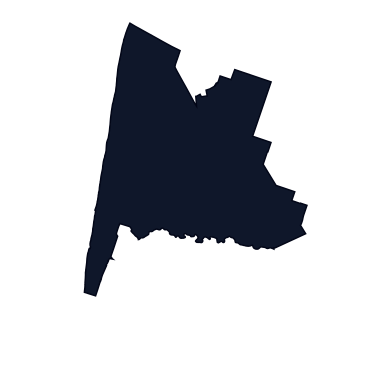 outline of Charles Sturt, South Australia, Australia, rotated 22°
{"feature_id": "25037944B64238988080325", "entity_name": "Charles Sturt", "entity_type": "district", "adm_level": 2, "iso_a3": "AUS", "parent_name": "Australia", "parent_adm1": "South Australia", "projection": "mercator", "projection_center": [138.527, -34.901], "detail": "fine", "context": "isolated", "style": "filled", "palette": "ink", "viewbox_px": 384, "rotation_deg": 22, "n_neighbors": 0, "source": "geoboundaries", "source_scale": "gbopen_adm2", "svg_char_len": 5934}
<svg xmlns="http://www.w3.org/2000/svg" viewBox="0 0 384 384"><g transform="rotate(22 192 192)"><path d="M313.0,188.1L305.0,182.2L305.2,180.8L305.2,179.7L305.0,176.8L304.8,175.7L304.5,174.1L304.2,172.0L303.6,161.3L296.9,161.7L296.9,162.1L287.7,162.6L287.2,153.3L268.0,154.4L267.7,154.6L247.6,139.7L246.8,126.5L247.3,126.4L246.7,116.5L227.3,117.6L224.1,60.3L205.1,61.4L185.8,62.5L186.1,73.2L174.6,73.9L174.7,75.4L174.8,77.1L174.9,77.8L175.0,81.0L174.7,80.8L173.6,82.3L174.2,82.7L173.6,83.5L173.9,83.8L173.2,84.6L173.7,85.0L169.9,89.8L166.9,92.3L170.1,97.2L165.0,100.2L162.9,98.4L160.3,101.6L159.7,101.9L164.1,110.8L162.2,109.5L150.0,99.5L147.8,97.7L139.1,90.7L135.8,88.0L132.7,85.5L129.7,82.9L129.4,82.5L129.1,81.7L128.8,79.7L128.4,71.4L128.0,65.4L118.8,64.7L108.4,63.5L99.9,62.4L77.0,59.6L71.2,58.7L71.1,59.6L71.0,65.6L71.1,66.4L71.1,67.3L71.2,68.1L71.1,68.7L71.2,69.3L71.4,72.0L71.6,73.9L71.7,76.5L72.1,78.0L72.4,80.2L72.5,81.5L72.9,84.0L73.4,86.6L73.8,88.2L74.3,90.6L74.6,91.9L75.1,95.0L75.9,99.0L76.6,103.1L77.3,106.1L79.0,111.8L79.8,114.9L80.7,117.5L81.5,120.2L82.0,121.6L82.5,123.7L83.6,127.7L83.9,130.5L84.1,131.8L84.4,132.9L84.5,134.3L85.2,137.8L85.5,140.6L87.2,147.8L87.7,149.5L88.0,150.8L89.1,154.8L90.8,160.1L91.6,163.1L92.3,165.4L92.8,167.1L93.1,168.6L94.2,173.5L94.2,175.5L94.4,178.0L95.1,180.5L96.9,185.9L97.4,188.7L97.6,191.2L98.0,192.5L98.1,194.6L98.5,197.1L99.4,200.7L99.6,201.6L99.8,202.1L100.4,204.1L101.3,209.0L101.8,211.6L102.9,215.6L103.1,216.8L103.5,218.0L103.6,218.9L103.8,219.9L104.1,220.9L104.3,221.8L104.7,223.2L105.2,224.6L105.2,224.8L105.4,225.5L105.5,226.2L105.6,227.0L105.6,227.4L106.0,228.4L106.3,230.1L106.8,231.6L107.1,233.1L107.5,234.6L107.8,236.6L108.1,237.6L108.6,240.8L108.8,245.2L108.9,245.3L109.0,245.4L109.6,245.4L109.7,245.6L110.2,247.7L110.5,248.7L110.6,249.5L110.7,250.7L111.6,253.7L112.0,255.9L113.3,260.6L113.8,263.2L114.7,265.9L114.9,267.1L115.3,268.9L115.7,271.9L115.9,273.3L116.3,274.5L116.4,276.2L116.9,278.3L117.7,280.0L118.5,281.0L118.6,281.5L118.8,282.4L118.2,282.4L117.9,282.7L117.9,283.9L118.1,285.2L118.3,286.1L118.3,287.3L118.5,288.6L118.8,289.9L119.5,292.8L120.7,296.4L121.4,298.9L121.8,300.4L122.0,301.2L122.4,302.7L122.6,303.6L123.1,305.1L123.3,306.2L123.8,307.5L124.3,308.7L125.4,311.8L126.9,316.4L127.2,316.8L127.3,317.6L127.8,318.7L128.4,320.4L129.2,323.3L129.8,325.3L141.5,324.4L141.1,317.9L140.4,309.2L140.6,309.2L140.5,306.8L140.3,306.8L140.0,302.4L140.3,292.2L139.7,292.0L140.2,289.7L140.3,287.2L139.8,287.2L140.3,285.3L140.6,284.5L143.7,283.9L143.1,283.7L140.9,282.2L140.5,274.3L139.6,260.8L138.5,260.2L137.9,259.4L137.4,258.6L137.2,256.4L137.0,253.8L136.8,249.4L137.0,249.4L137.0,248.3L147.4,247.4L149.6,248.8L149.9,249.1L150.2,249.9L150.2,250.6L150.1,250.8L150.4,251.3L151.1,251.6L152.5,252.3L153.7,252.7L155.4,253.6L156.0,253.9L156.3,254.0L157.1,254.1L157.8,254.3L159.0,255.0L159.5,255.4L159.9,255.8L160.1,256.2L160.8,255.7L161.0,255.4L161.4,254.4L161.8,253.6L163.1,253.1L163.8,252.7L164.3,252.2L164.6,251.8L165.3,250.6L165.6,250.3L166.1,249.6L166.3,249.5L166.9,248.5L167.5,247.8L167.6,247.5L167.2,245.7L167.2,245.3L167.3,245.0L167.5,244.7L167.8,244.4L168.3,244.2L169.4,243.8L170.0,243.3L171.2,241.3L172.0,240.5L172.7,239.9L173.1,239.6L173.5,239.5L175.4,239.4L176.3,239.1L176.6,238.8L177.0,238.1L177.4,237.2L177.6,236.9L178.1,236.6L178.4,236.5L178.9,236.5L180.2,237.1L180.7,237.2L181.2,237.1L182.4,236.5L183.1,236.4L183.5,236.5L185.9,237.4L186.1,237.6L186.3,237.9L186.6,238.6L186.9,239.0L187.5,239.4L187.9,239.5L188.9,239.5L190.8,238.9L191.6,238.8L192.3,239.0L193.7,240.0L193.9,240.0L194.1,239.9L194.3,239.6L194.6,238.7L195.1,238.1L195.3,238.0L196.0,237.9L196.4,238.0L197.5,238.8L197.8,238.9L198.2,239.0L198.9,239.0L199.6,238.8L200.3,238.4L201.1,238.1L201.5,237.8L202.4,237.1L202.7,236.6L202.7,236.4L202.6,236.2L202.3,235.9L202.1,235.8L201.5,235.8L201.2,235.7L200.4,234.9L200.3,234.7L200.4,234.2L200.8,233.6L201.4,233.1L201.6,233.0L202.2,233.0L202.6,233.1L203.3,233.4L203.6,233.5L205.7,233.0L206.5,233.0L206.9,233.0L207.4,233.6L207.6,233.7L208.0,233.7L209.7,232.9L210.3,232.4L210.6,231.8L210.7,231.0L210.6,230.6L210.7,230.4L210.8,230.2L211.0,230.0L211.5,229.9L212.0,230.0L212.3,230.2L213.3,230.6L213.8,230.9L214.1,231.2L214.7,232.1L214.8,232.5L214.8,232.9L214.6,233.7L214.2,234.3L213.9,235.2L213.7,235.9L213.7,236.2L214.0,236.5L214.8,236.8L215.4,236.8L216.8,236.3L217.6,235.9L219.2,235.5L219.8,235.3L220.1,235.0L220.3,234.6L220.4,234.2L220.4,233.6L220.1,232.9L219.3,232.3L219.2,232.0L219.3,231.6L219.8,230.8L220.0,229.9L220.2,229.4L220.6,228.9L221.3,228.6L222.5,228.6L223.2,228.6L223.5,228.6L224.2,228.9L224.9,229.1L225.4,229.3L226.0,229.4L226.4,229.0L226.4,228.4L226.1,228.0L225.8,227.7L225.7,227.2L225.7,226.9L225.8,226.7L226.2,226.4L226.5,226.3L227.0,226.3L228.0,226.1L228.2,225.9L228.4,225.9L230.7,225.8L232.2,225.9L232.6,226.1L232.7,226.5L232.9,226.6L233.3,227.5L233.5,227.8L233.8,228.3L234.2,228.9L234.3,229.1L234.7,229.2L235.5,229.2L236.3,228.3L236.8,227.6L237.2,227.1L237.7,226.7L238.6,226.7L239.4,227.1L239.9,227.1L240.3,226.9L240.6,226.6L240.7,226.1L240.7,225.5L240.0,224.1L239.7,223.8L239.6,223.6L239.6,223.3L239.8,222.9L240.5,221.9L240.7,221.6L241.0,221.3L241.7,220.9L242.4,220.2L242.7,219.7L242.9,219.2L243.2,219.0L243.5,219.0L244.3,219.2L245.0,219.4L245.7,219.4L247.0,219.2L247.4,219.2L248.4,219.7L248.7,219.8L249.2,220.1L249.8,220.5L250.8,222.1L251.2,222.4L251.8,222.4L253.0,222.1L253.9,222.0L254.4,222.1L256.2,222.7L256.6,222.7L258.4,222.3L260.2,222.1L260.8,221.9L262.2,221.8L264.3,221.2L265.0,220.9L265.8,220.4L266.5,219.9L267.4,219.0L268.0,218.7L268.3,218.9L269.2,220.0L269.7,220.4L270.3,220.8L271.7,221.0L272.0,221.1L273.7,220.6L274.4,220.2L274.7,220.0L275.5,218.7L276.1,217.3L276.5,217.0L278.9,216.4L280.1,216.1L280.8,216.0L282.1,216.2L283.0,216.1L283.3,216.0L283.9,215.6L285.1,214.6L285.9,214.3L288.5,214.2L289.4,214.3L289.3,213.9L289.1,213.4L288.7,213.0L290.0,212.6L313.0,188.1Z" fill="#0f172a" stroke="#020617" stroke-width="1.5"/></g></svg>